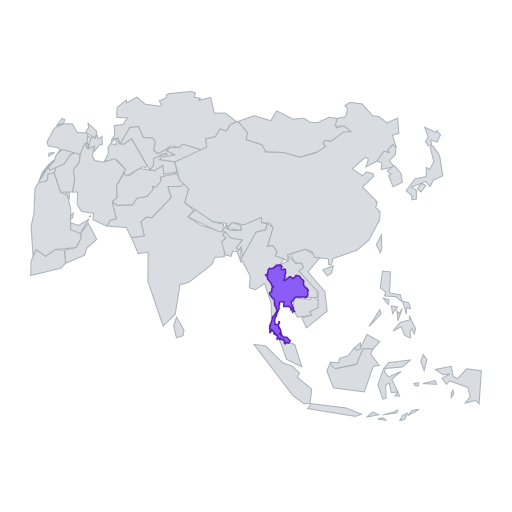 where Thailand sits in Asia
{"feature_id": "THA", "entity_name": "Thailand", "entity_type": "country or territory", "adm_level": 0, "iso_a3": "THA", "parent_name": "Asia", "parent_adm1": "", "projection": "orthographic", "projection_center": [100.709, 13.031], "detail": "fine", "context": "in_parent", "style": "filled", "palette": "violet", "viewbox_px": 512, "rotation_deg": 0, "n_neighbors": 45, "source": "natural_earth", "source_scale": "50m", "svg_char_len": 18453}
<svg xmlns="http://www.w3.org/2000/svg" viewBox="0 0 512 512"><path d="M236.5,121.8L230.3,124.7L226.6,131.0L220.1,129.1L215.4,136.8L205.7,138.9L206.7,147.1L203.5,150.7L183.0,144.2L179.2,147.6L171.5,145.7L159.0,153.8L153.5,150.6L155.2,141.9L152.9,138.1L143.5,137.5L138.3,126.5L129.8,127.5L120.3,143.7L117.7,138.0L112.0,139.4L114.7,134.9L114.3,125.6L122.9,124.6L127.5,117.9L116.7,117.3L117.2,107.4L126.2,100.0L126.5,102.9L137.0,97.1L145.0,104.1L159.6,106.3L161.5,104.5L159.2,101.0L166.4,97.8L166.4,94.8L168.5,93.7L191.2,91.5L195.5,93.0L194.1,97.1L200.3,98.3L199.0,100.4L210.7,97.5L214.3,113.1L225.3,113.1L236.5,121.8Z" fill="#d9dde1" stroke="#a8b0b8" stroke-width="1"/><path d="M120.3,143.7L129.8,127.5L138.3,126.5L143.5,137.5L152.9,138.1L155.2,141.9L153.5,150.6L157.7,153.7L170.0,147.6L166.8,150.7L175.0,154.9L169.2,157.7L165.1,156.9L166.6,153.4L161.6,153.9L156.6,159.1L153.8,158.4L153.6,165.5L149.8,170.0L131.6,138.9L123.6,144.4L120.3,143.7Z" fill="#d9dde1" stroke="#a8b0b8" stroke-width="1"/><path d="M481.3,370.7L479.1,404.0L475.9,400.5L465.3,403.0L470.2,396.7L467.8,387.4L449.6,380.9L446.4,384.3L442.1,378.2L450.0,374.0L443.3,374.9L435.5,369.4L451.4,366.4L453.1,376.4L457.6,378.8L466.5,368.8L481.3,370.7ZM407.5,413.1L404.5,419.5L399.7,420.5L402.6,415.5L407.5,413.1ZM451.2,397.7L451.0,393.9L452.9,390.1L453.7,393.9L451.2,397.7ZM373.3,348.8L370.5,353.8L379.2,365.4L373.1,366.5L364.4,391.9L333.5,387.9L326.8,370.8L330.6,362.3L335.1,368.6L352.4,365.5L356.6,364.1L362.9,348.6L373.3,348.8ZM422.9,383.6L435.1,380.6L436.7,384.3L422.9,383.6ZM418.0,386.2L414.7,385.6L413.8,383.5L418.7,382.7L418.0,386.2ZM423.2,354.6L426.9,359.6L424.1,370.6L420.8,361.0L423.2,354.6ZM388.7,362.6L410.3,360.0L402.7,366.9L385.2,368.5L384.5,372.5L389.0,376.7L401.0,371.5L391.8,379.1L399.6,396.0L395.1,396.1L397.6,391.7L391.5,392.8L389.1,383.0L385.7,384.9L386.0,398.1L382.8,399.1L377.9,384.8L383.4,369.0L388.7,362.6ZM386.6,420.3L377.7,419.0L382.5,417.6L386.6,420.3ZM382.7,414.9L393.2,412.3L397.7,410.0L396.8,412.9L382.7,414.9ZM372.7,412.1L378.7,414.7L366.6,417.1L372.7,412.1ZM311.3,403.7L345.7,407.9L361.5,414.2L355.5,416.4L307.6,408.6L311.3,403.7ZM297.4,377.3L311.7,389.2L310.0,403.5L304.1,403.8L292.8,395.5L253.9,344.4L265.6,345.9L282.4,362.6L292.4,366.3L299.6,373.0L297.4,377.3Z" fill="#d9dde1" stroke="#a8b0b8" stroke-width="1"/><path d="M407.9,415.5L412.4,410.3L419.0,409.4L407.9,415.5Z" fill="#d9dde1" stroke="#a8b0b8" stroke-width="1"/><path d="M50.2,164.7L44.9,170.5L38.9,181.7L41.9,172.9L48.3,165.0L50.2,164.7Z" fill="#d9dde1" stroke="#a8b0b8" stroke-width="1"/><path d="M54.2,161.2L48.4,164.9L55.0,159.2L54.2,161.2Z" fill="#d9dde1" stroke="#a8b0b8" stroke-width="1"/><path d="M47.4,168.6L43.5,172.9L47.0,167.6L47.4,168.6Z" fill="#d9dde1" stroke="#a8b0b8" stroke-width="1"/><path d="M47.4,168.6L56.4,166.9L54.2,173.0L48.0,174.1L47.6,179.8L40.4,184.3L38.9,181.7L47.4,168.6Z" fill="#d9dde1" stroke="#a8b0b8" stroke-width="1"/><path d="M71.0,222.8L78.7,225.4L89.0,219.1L79.6,234.5L70.3,229.5L71.0,222.8Z" fill="#d9dde1" stroke="#a8b0b8" stroke-width="1"/><path d="M69.4,219.6L70.4,215.8L73.3,213.1L72.7,217.9L69.4,219.6Z" fill="#d9dde1" stroke="#a8b0b8" stroke-width="1"/><path d="M69.3,190.2L69.3,198.5L65.2,194.3L69.3,190.2Z" fill="#d9dde1" stroke="#a8b0b8" stroke-width="1"/><path d="M54.2,173.0L56.4,166.9L64.0,164.0L69.8,155.3L75.9,151.9L80.0,154.4L79.3,162.4L73.3,169.9L74.8,178.6L72.6,191.9L60.4,192.3L54.2,173.0Z" fill="#d9dde1" stroke="#a8b0b8" stroke-width="1"/><path d="M80.6,233.6L88.2,223.2L96.7,239.2L86.6,248.4L84.6,255.1L65.4,263.4L64.5,250.2L76.1,247.5L81.2,237.6L80.6,233.6ZM90.7,216.2L88.9,217.2L90.4,215.7L90.7,216.2Z" fill="#d9dde1" stroke="#a8b0b8" stroke-width="1"/><path d="M292.6,308.9L294.6,297.9L310.5,299.5L312.8,295.8L318.7,301.2L318.2,307.6L309.6,312.0L311.9,315.2L297.5,317.2L292.6,308.9Z" fill="#d9dde1" stroke="#a8b0b8" stroke-width="1"/><path d="M317.4,297.6L306.2,297.5L308.0,290.5L299.3,276.4L284.6,280.4L285.7,270.0L279.8,264.9L288.3,260.8L287.5,254.8L295.3,263.0L301.5,262.9L303.5,267.5L298.9,270.9L316.8,288.5L317.4,297.6Z" fill="#d9dde1" stroke="#a8b0b8" stroke-width="1"/><path d="M279.8,264.9L270.4,268.6L265.9,275.3L273.5,287.5L269.8,293.1L276.9,310.5L271.4,320.9L271.3,303.8L264.6,283.4L255.3,289.7L249.3,287.8L250.3,276.2L241.0,258.6L256.1,232.1L265.7,229.7L266.8,223.6L273.2,227.5L267.6,246.4L272.8,245.5L277.0,251.4L275.5,255.8L285.0,257.3L279.8,264.9Z" fill="#d9dde1" stroke="#a8b0b8" stroke-width="1"/><path d="M301.9,317.9L311.9,315.2L309.6,312.0L318.2,307.6L318.2,292.3L298.9,270.9L303.5,267.5L301.5,262.9L295.3,263.0L290.0,254.0L305.5,249.1L319.3,258.3L307.9,271.9L324.9,291.7L327.2,311.0L306.4,327.9L301.9,317.9Z" fill="#d9dde1" stroke="#a8b0b8" stroke-width="1"/><path d="M396.0,146.9L395.4,154.3L389.4,160.5L394.0,166.8L381.1,169.4L381.9,163.1L377.0,161.0L379.1,157.6L383.8,151.1L389.1,152.2L387.7,149.8L392.7,144.5L396.0,146.9Z" fill="#d9dde1" stroke="#a8b0b8" stroke-width="1"/><path d="M387.3,170.6L394.2,165.5L401.2,173.8L402.3,182.2L393.1,186.8L388.5,175.5L391.1,174.4L387.3,170.6Z" fill="#d9dde1" stroke="#a8b0b8" stroke-width="1"/><path d="M237.9,121.5L254.2,115.7L270.8,120.7L276.7,110.9L293.0,119.2L303.9,118.2L309.9,122.3L317.5,122.7L329.2,117.3L337.3,118.4L336.4,127.9L344.0,125.9L351.2,129.9L330.9,141.4L324.8,140.3L323.3,143.3L325.6,146.5L320.7,150.8L299.8,157.3L283.3,152.5L265.6,152.0L262.1,145.0L246.1,139.7L247.3,132.5L237.9,121.5Z" fill="#d9dde1" stroke="#a8b0b8" stroke-width="1"/><path d="M266.8,223.6L265.7,229.7L256.1,232.1L243.0,255.6L240.9,247.2L238.5,250.5L236.1,247.7L242.4,240.1L230.8,238.1L224.9,231.7L222.9,235.2L226.1,238.1L221.7,241.8L224.5,243.3L224.3,256.8L214.9,257.3L212.0,264.3L189.3,282.0L179.9,284.8L175.2,314.3L163.1,326.0L147.9,281.2L148.1,252.3L138.2,253.6L131.5,237.6L144.3,235.8L140.9,221.6L146.8,216.8L151.5,217.8L171.2,197.5L167.8,186.6L180.7,186.3L185.6,182.6L188.6,188.7L184.8,202.7L193.7,210.3L188.0,217.0L201.2,225.5L222.5,231.8L226.5,223.2L226.5,228.4L230.6,230.5L241.4,230.3L240.2,225.4L261.4,217.3L261.8,222.7L266.8,223.6Z" fill="#d9dde1" stroke="#a8b0b8" stroke-width="1"/><path d="M240.9,247.2L241.1,262.8L237.1,251.6L232.6,251.2L231.1,256.3L225.2,254.9L221.7,241.8L226.1,238.1L222.9,235.2L224.9,231.7L230.8,238.1L242.4,240.1L236.1,247.7L238.5,250.5L240.9,247.2Z" fill="#d9dde1" stroke="#a8b0b8" stroke-width="1"/><path d="M240.2,225.4L241.4,230.3L226.5,228.4L232.6,222.4L240.2,225.4Z" fill="#d9dde1" stroke="#a8b0b8" stroke-width="1"/><path d="M223.6,224.2L222.5,231.8L218.6,231.6L188.0,217.0L195.7,209.2L213.2,221.9L223.6,224.2Z" fill="#d9dde1" stroke="#a8b0b8" stroke-width="1"/><path d="M185.6,182.6L180.7,186.3L167.8,186.6L171.2,197.5L151.5,217.8L146.8,216.8L140.9,221.6L144.3,235.8L131.5,237.6L126.3,227.5L106.9,226.1L110.0,220.4L116.2,218.8L112.1,201.6L117.3,205.3L132.4,204.8L136.9,198.1L146.9,196.4L163.6,175.1L177.1,173.5L179.5,179.9L185.6,182.6Z" fill="#d9dde1" stroke="#a8b0b8" stroke-width="1"/><path d="M138.9,168.5L154.8,170.7L162.9,165.1L163.9,174.0L170.4,171.0L177.1,173.5L160.7,176.9L160.6,181.5L156.1,186.9L152.5,186.2L153.0,189.7L146.9,196.4L136.9,198.1L132.4,204.8L117.3,205.3L112.1,201.6L116.9,197.7L116.5,185.8L124.0,173.4L129.6,175.6L138.9,168.5Z" fill="#d9dde1" stroke="#a8b0b8" stroke-width="1"/><path d="M149.8,170.0L153.6,165.5L153.8,158.4L166.6,153.4L166.6,156.9L159.9,159.6L174.9,161.9L176.9,172.1L163.9,174.0L162.9,165.1L154.8,170.7L149.8,170.0Z" fill="#d9dde1" stroke="#a8b0b8" stroke-width="1"/><path d="M170.0,147.6L179.2,147.6L183.0,144.2L203.5,150.7L174.9,161.9L159.9,159.6L161.2,156.9L175.0,154.9L166.8,150.7L170.0,147.6Z" fill="#d9dde1" stroke="#a8b0b8" stroke-width="1"/><path d="M112.0,139.4L117.7,138.0L118.8,143.6L123.6,144.4L131.6,138.9L146.8,165.4L145.6,168.3L143.4,166.4L126.7,175.8L124.0,173.4L125.4,169.3L116.6,159.6L104.4,161.2L108.5,153.1L107.9,147.3L110.7,143.7L116.0,144.6L116.2,138.7L111.1,142.5L112.0,139.4Z" fill="#d9dde1" stroke="#a8b0b8" stroke-width="1"/><path d="M72.6,191.9L74.8,178.6L73.3,169.9L79.3,162.4L80.9,150.4L84.7,143.7L87.5,148.4L94.6,146.0L92.2,156.0L94.9,160.5L103.6,162.2L114.6,158.7L125.4,169.3L116.5,185.8L116.9,197.7L112.1,201.6L116.2,218.8L110.0,220.4L106.9,226.1L93.0,219.8L93.5,213.3L81.5,211.4L77.2,204.5L77.5,192.1L72.6,191.9Z" fill="#d9dde1" stroke="#a8b0b8" stroke-width="1"/><path d="M48.5,167.3L54.2,161.2L56.2,155.0L61.8,149.3L74.5,152.2L69.8,155.3L64.0,164.0L49.7,170.2L48.5,167.3Z" fill="#d9dde1" stroke="#a8b0b8" stroke-width="1"/><path d="M88.5,148.5L86.0,139.7L88.3,136.0L92.0,138.7L88.5,148.5Z" fill="#d9dde1" stroke="#a8b0b8" stroke-width="1"/><path d="M80.0,154.4L61.8,149.3L57.8,153.3L60.2,149.6L58.0,147.7L48.2,146.0L47.0,141.9L54.2,128.4L63.7,123.7L72.4,124.0L77.2,132.5L87.7,133.1L87.1,143.0L84.7,143.7L80.0,154.4ZM62.1,118.5L64.8,119.4L63.6,123.1L56.7,125.6L62.1,118.5Z" fill="#d9dde1" stroke="#a8b0b8" stroke-width="1"/><path d="M184.0,330.2L183.0,335.6L176.5,337.9L173.7,325.7L176.5,317.2L184.0,330.2Z" fill="#d9dde1" stroke="#a8b0b8" stroke-width="1"/><path d="M327.3,275.9L322.7,269.8L333.3,265.7L331.5,273.2L327.3,275.9ZM174.9,161.9L206.7,147.1L205.7,138.9L215.4,136.8L220.1,129.1L226.6,131.0L230.3,124.7L237.9,121.5L247.3,132.5L246.1,139.7L262.1,145.0L265.6,152.0L283.3,152.5L299.8,157.3L316.4,152.6L325.6,146.5L323.3,143.3L324.8,140.3L330.9,141.4L343.4,132.2L351.2,131.5L344.0,125.9L335.1,126.2L337.3,118.4L345.5,116.7L347.6,108.7L344.8,105.6L350.0,102.4L362.0,103.9L372.7,115.8L378.7,116.5L386.9,122.9L397.6,118.2L398.9,133.5L392.5,135.2L396.0,146.9L392.7,144.5L387.7,149.8L389.1,152.2L383.8,151.1L377.0,161.0L365.9,167.0L368.4,159.4L365.7,157.1L352.2,168.8L362.5,175.8L366.2,172.0L372.8,173.5L374.0,175.9L362.5,187.0L377.3,202.1L375.6,207.5L380.0,211.4L379.7,219.8L368.9,240.0L357.0,250.1L332.8,258.7L331.5,264.4L328.8,264.8L328.3,258.9L314.3,257.1L312.5,251.9L305.5,249.1L287.5,254.8L288.3,260.8L275.5,255.8L277.0,251.4L272.8,245.5L267.6,246.4L273.2,227.5L269.6,223.2L261.8,222.7L261.4,217.3L244.0,224.9L232.6,222.4L226.5,227.3L226.5,223.2L213.2,221.9L184.8,202.7L188.6,188.7L179.5,179.9L174.9,161.9Z" fill="#d9dde1" stroke="#a8b0b8" stroke-width="1"/><path d="M381.4,235.0L381.8,248.3L380.4,252.7L376.3,244.7L381.4,235.0Z" fill="#d9dde1" stroke="#a8b0b8" stroke-width="1"/><path d="M97.0,134.7L98.3,138.9L102.0,136.5L102.3,144.7L100.0,144.5L93.3,152.4L94.6,146.0L88.5,148.5L89.5,142.8L91.9,136.3L94.9,138.3L97.0,134.7ZM87.5,148.4L86.3,147.3L87.1,143.0L88.6,144.8L87.5,148.4Z" fill="#d9dde1" stroke="#a8b0b8" stroke-width="1"/><path d="M88.1,123.2L96.7,131.3L95.6,137.9L85.3,132.5L88.6,127.6L88.1,123.2Z" fill="#d9dde1" stroke="#a8b0b8" stroke-width="1"/><path d="M388.2,304.5L383.1,298.1L389.2,299.8L388.2,304.5ZM397.9,320.7L397.0,310.8L399.1,313.9L402.3,308.4L397.9,320.7ZM409.3,315.7L415.6,328.8L414.2,333.8L412.2,328.6L410.1,331.5L410.5,337.9L404.7,335.4L401.2,326.8L393.1,331.0L400.4,322.3L409.9,319.8L409.3,315.7ZM381.0,314.0L369.0,326.6L379.9,309.7L381.0,314.0ZM390.4,271.9L389.6,293.0L400.5,294.9L401.8,301.5L395.7,296.6L384.4,295.9L385.9,292.2L380.3,287.9L382.5,271.1L390.4,271.9ZM392.5,313.6L391.4,305.9L397.5,307.0L392.5,313.6ZM408.7,302.8L410.6,308.6L406.8,307.6L406.3,314.0L402.7,301.3L408.7,302.8Z" fill="#d9dde1" stroke="#a8b0b8" stroke-width="1"/><path d="M279.5,339.5L294.8,344.5L301.7,366.8L286.4,359.2L279.5,339.5ZM373.3,348.8L362.9,348.6L356.6,364.1L335.1,368.6L331.5,365.8L330.6,362.3L338.5,362.8L339.6,358.3L348.1,355.8L354.3,347.9L360.2,348.7L367.0,334.4L379.7,341.6L373.3,348.8Z" fill="#d9dde1" stroke="#a8b0b8" stroke-width="1"/><path d="M360.6,342.7L360.2,348.7L356.7,350.5L354.3,347.9L360.6,342.7Z" fill="#d9dde1" stroke="#a8b0b8" stroke-width="1"/><path d="M439.6,155.7L442.8,175.8L433.3,180.2L430.1,186.6L425.6,181.5L411.4,187.2L416.4,190.3L416.3,199.1L411.9,199.8L411.6,195.2L406.1,190.8L415.1,178.8L426.1,176.6L426.5,167.5L429.7,169.4L433.8,161.7L430.2,147.4L433.0,145.9L439.6,155.7ZM436.2,132.5L437.0,130.3L440.5,135.0L437.0,142.1L430.7,140.0L431.6,145.2L428.2,145.9L425.5,141.5L428.3,136.9L424.7,127.2L436.2,132.5ZM417.3,188.5L421.7,183.3L425.8,185.5L421.0,191.9L417.3,188.5Z" fill="#d9dde1" stroke="#a8b0b8" stroke-width="1"/><path d="M64.5,250.2L65.4,263.4L61.0,268.1L30.7,275.5L31.1,261.2L36.2,249.6L45.9,256.3L54.6,249.6L64.5,250.2Z" fill="#d9dde1" stroke="#a8b0b8" stroke-width="1"/><path d="M38.6,182.4L45.3,181.7L47.6,179.8L48.0,174.1L54.2,173.0L60.4,192.3L67.5,195.5L70.8,209.3L70.3,229.5L80.6,233.6L81.2,237.6L76.1,247.5L54.6,249.6L45.9,256.3L36.2,249.6L33.0,255.4L31.1,226.4L33.9,213.7L35.0,188.4L38.6,182.4Z" fill="#d9dde1" stroke="#a8b0b8" stroke-width="1"/><path d="M54.5,152.6L48.7,156.1L49.0,153.1L54.5,152.6Z" fill="#d9dde1" stroke="#a8b0b8" stroke-width="1"/><path d="M279.8,265.4L279.8,265.7L279.9,265.8L280.1,265.6L280.3,265.3L280.6,265.1L280.8,265.0L281.1,265.3L281.4,265.8L281.7,266.1L281.8,266.2L281.9,266.4L282.0,266.6L281.8,267.1L281.2,268.4L281.3,269.0L281.8,269.5L282.4,269.8L283.0,269.7L283.3,269.5L283.6,269.3L283.8,269.2L284.1,269.2L285.0,269.3L285.3,269.5L285.4,269.8L285.3,270.7L285.4,271.3L285.7,272.0L285.7,272.5L285.1,274.5L284.6,275.2L284.5,275.4L284.5,275.6L285.0,276.2L285.0,276.6L285.0,277.0L284.9,277.6L283.8,280.0L284.1,280.2L284.8,280.5L285.1,280.4L286.4,279.3L287.2,278.7L287.8,278.3L288.1,278.0L288.2,277.6L288.5,277.4L288.7,277.5L289.1,277.3L289.6,276.8L289.9,276.6L290.1,276.7L290.6,276.9L291.2,277.5L291.7,277.8L292.2,277.9L292.4,278.1L292.4,278.4L292.5,278.6L292.8,278.7L293.0,278.3L293.5,278.0L294.0,277.8L294.4,277.8L294.7,277.6L294.9,277.0L295.2,276.5L295.5,276.3L295.8,276.2L295.7,275.9L295.7,275.7L295.9,275.5L296.3,275.4L296.9,275.5L297.7,275.6L298.5,276.0L299.0,276.1L299.3,276.0L299.8,276.5L300.6,277.7L301.2,278.6L301.8,279.2L302.4,279.7L303.0,280.0L303.4,280.5L303.8,281.3L303.5,282.5L303.5,283.6L303.5,284.8L303.9,285.8L304.6,286.5L305.0,287.0L305.1,287.4L305.6,287.8L306.6,288.0L307.0,288.3L306.8,288.6L306.8,288.8L307.0,289.2L307.3,289.4L307.8,289.6L308.1,289.8L308.2,290.1L308.2,290.4L308.1,291.0L307.9,291.4L307.6,291.7L307.5,292.2L307.5,292.9L307.8,293.4L307.8,293.9L307.7,294.4L307.6,295.8L307.5,296.1L307.2,296.4L306.8,296.7L305.9,297.2L305.5,297.8L305.3,297.8L305.1,297.6L305.0,297.4L304.9,297.0L304.4,296.8L303.9,296.7L302.0,297.1L301.1,296.9L299.8,297.2L298.5,297.1L297.8,296.8L297.5,296.9L296.9,297.1L295.7,297.3L294.9,297.8L294.2,298.4L294.1,298.8L293.3,300.0L292.8,300.7L292.4,301.0L292.5,301.2L292.4,301.4L291.3,301.5L291.2,301.6L291.3,303.0L291.4,303.5L292.0,304.4L292.1,305.4L292.2,306.3L292.8,306.8L293.5,307.6L293.3,308.5L293.4,309.4L294.5,311.4L294.4,311.4L294.2,311.1L293.7,310.5L293.6,309.8L293.0,309.1L292.7,308.8L292.4,309.3L291.4,308.5L290.9,307.8L290.8,308.1L290.3,307.5L289.7,307.0L289.0,306.7L288.7,306.5L288.1,306.2L286.6,306.6L284.8,306.3L284.1,306.6L283.8,306.4L283.6,306.1L283.8,305.5L283.8,304.4L284.0,303.5L283.9,302.9L284.1,302.2L283.8,302.1L282.5,301.8L282.2,301.5L281.9,301.8L280.3,301.9L279.7,302.2L279.2,302.6L279.0,303.2L279.4,303.6L279.6,304.3L279.0,305.8L278.9,306.2L279.1,308.0L279.0,309.0L278.7,309.6L278.2,310.2L278.0,311.2L277.6,311.7L277.1,312.8L276.8,314.1L276.5,314.7L276.4,315.8L275.3,317.6L275.0,318.5L274.7,318.9L274.8,319.2L274.8,319.7L274.6,322.0L274.8,322.6L275.3,323.7L275.2,324.1L275.1,324.5L275.5,324.8L275.8,324.8L277.6,324.3L278.2,324.4L278.5,325.4L278.8,327.7L279.0,328.2L279.7,329.0L279.9,329.0L279.9,328.6L280.2,329.1L280.5,329.9L281.4,334.3L281.9,335.5L281.4,335.2L281.2,334.2L281.1,333.8L280.9,333.7L280.5,333.7L280.8,333.2L280.7,332.8L280.4,332.5L279.9,332.8L279.9,333.5L280.1,334.0L281.0,335.2L281.3,335.7L281.6,335.8L282.1,335.7L283.2,336.7L284.4,337.4L285.2,337.3L286.0,337.1L286.5,337.2L287.0,337.4L287.6,338.0L288.6,339.4L290.2,340.7L290.0,341.0L290.0,341.5L289.3,342.1L289.2,342.4L289.0,342.9L288.6,343.2L288.2,343.2L287.8,343.1L287.6,342.6L287.3,342.5L285.7,343.1L285.4,343.7L285.1,343.9L284.3,343.2L284.3,342.8L284.8,342.2L284.8,341.8L284.8,341.1L284.6,340.7L284.3,340.6L283.7,340.7L283.4,340.2L283.2,339.7L282.8,339.4L282.4,339.6L280.9,339.1L280.4,338.4L280.2,338.3L279.9,338.6L279.8,339.4L279.7,339.6L278.3,338.0L277.4,337.3L277.5,336.1L277.3,335.8L276.9,335.8L276.6,335.5L276.9,334.8L276.5,334.9L276.0,334.9L275.6,334.7L275.3,333.6L275.1,333.3L274.7,332.8L274.1,332.8L273.9,332.5L274.0,331.9L273.6,331.5L273.0,331.2L272.6,331.0L272.2,329.9L271.5,329.4L271.1,329.6L270.9,330.0L270.7,330.3L270.3,330.3L270.0,330.1L269.7,329.0L269.6,328.4L269.7,327.2L270.2,326.1L270.4,324.4L270.8,323.3L271.1,322.9L271.5,321.4L272.2,319.6L272.4,318.7L272.6,318.3L272.6,317.6L272.5,317.0L272.7,316.8L273.9,315.7L274.8,314.7L276.3,312.0L276.5,311.9L276.8,311.6L277.0,311.2L276.6,309.4L276.3,308.9L275.9,307.4L276.0,307.0L275.8,306.7L275.4,306.4L275.0,305.9L274.8,305.2L274.8,304.7L274.5,304.4L274.4,304.0L274.8,303.3L274.8,301.9L274.6,300.7L274.0,299.4L273.6,298.9L271.7,297.2L270.0,294.8L269.8,293.9L269.7,293.0L269.8,292.7L270.0,292.5L270.3,292.3L270.5,292.3L271.1,291.9L271.6,291.9L271.7,291.6L271.7,290.8L271.7,289.7L271.9,288.1L273.1,287.5L273.3,287.2L273.4,286.8L273.4,286.5L273.3,286.3L273.2,286.2L272.4,286.8L272.3,286.7L271.9,285.7L271.3,284.5L271.3,283.6L271.2,283.2L270.2,282.3L267.9,279.4L267.5,278.8L267.4,278.6L267.7,278.0L267.6,277.5L267.2,276.7L267.1,276.3L267.1,276.1L266.6,276.1L266.2,275.7L265.8,274.9L266.4,275.0L266.6,275.0L266.9,274.8L267.6,274.6L267.8,274.4L267.6,272.7L267.6,272.4L268.1,271.7L268.0,270.9L268.2,269.9L268.7,269.2L269.1,268.9L269.2,268.4L269.4,268.3L269.7,268.3L270.3,268.7L271.0,268.7L271.6,268.6L273.0,268.3L273.8,268.3L274.0,268.1L274.1,267.8L274.3,266.9L274.4,266.7L274.6,266.5L274.9,266.5L275.2,266.5L275.6,266.7L275.9,266.7L276.5,266.5L276.6,266.3L276.7,266.1L276.7,265.7L276.5,265.2L277.4,265.4L277.8,265.4L278.1,265.3L278.7,264.8L279.0,264.9L279.8,265.4ZM270.6,331.8L270.5,332.2L270.3,332.2L270.1,332.4L270.0,332.5L269.8,331.7L270.0,330.5L270.1,330.4L270.3,330.7L270.7,330.8L270.5,331.5L270.6,331.8ZM279.4,322.8L279.4,323.1L279.3,323.5L278.8,323.7L278.7,323.4L278.7,323.0L278.8,322.9L279.3,322.9L279.4,322.8ZM291.8,309.9L291.8,310.1L291.6,310.0L291.2,310.0L291.0,309.2L291.5,309.5L291.8,309.9ZM277.2,339.2L276.9,338.8L277.2,338.2L277.4,338.9L277.2,339.2ZM271.6,331.6L271.2,330.7L271.6,331.0L271.6,331.6ZM279.4,322.2L279.4,322.3L279.2,322.2L279.0,321.7L279.3,321.7L279.4,322.0L279.4,322.2ZM274.1,333.5L274.3,334.1L274.1,334.0L273.9,333.7L274.0,333.2L274.1,333.5ZM292.8,311.6L292.7,312.2L292.4,311.9L292.4,311.7L292.6,311.5L292.8,311.6ZM270.1,325.6L269.8,325.7L269.9,325.2L270.1,325.2L270.1,325.5L270.1,325.6Z" fill="#8b5cf6" stroke="#5b21b6" stroke-width="1.5"/></svg>